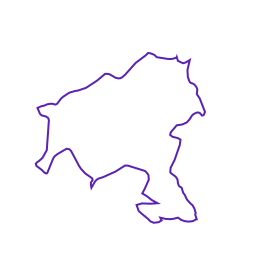 Akershus, Robinson projection, rotated 287°
{"feature_id": "NOR-917", "entity_name": "Akershus", "entity_type": "County", "adm_level": 1, "iso_a3": "NOR", "parent_name": "Norway", "parent_adm1": "", "projection": "robinson", "projection_center": [11.148, 60.053], "detail": "fine", "context": "isolated", "style": "outline", "palette": "violet", "viewbox_px": 256, "rotation_deg": 287, "n_neighbors": 0, "source": "natural_earth", "source_scale": "10m", "svg_char_len": 2177}
<svg xmlns="http://www.w3.org/2000/svg" viewBox="0 0 256 256"><g transform="rotate(287 128 128)"><path d="M209.9,154.0L206.8,156.1L206.0,161.7L207.5,164.0L211.1,167.2L200.8,167.9L194.4,170.3L191.4,172.4L190.0,173.7L189.4,175.0L189.5,176.2L189.3,177.7L188.7,179.2L187.5,181.0L186.1,182.4L184.8,183.1L180.5,183.9L177.3,187.9L165.9,196.9L163.0,196.7L162.2,196.3L161.5,195.2L163.3,192.3L163.4,191.2L163.1,189.7L162.3,188.6L160.6,186.8L159.1,185.8L157.6,185.2L155.6,184.8L153.2,183.9L150.4,182.5L147.2,178.8L144.8,173.8L136.5,170.2L133.7,170.3L132.6,173.2L132.9,178.5L132.2,181.6L127.0,182.5L111.0,181.9L102.4,180.4L97.9,181.4L97.2,182.7L95.4,187.8L94.1,189.4L93.2,190.4L90.0,191.8L87.6,193.5L87.3,194.0L86.5,196.8L82.2,199.7L80.5,202.0L77.5,204.6L76.2,206.2L74.0,210.0L73.1,212.1L70.7,214.8L66.5,217.6L66.1,217.6L65.0,217.5L60.8,220.4L60.2,219.4L59.0,218.4L57.7,216.9L56.2,213.3L55.5,209.5L55.7,205.7L56.9,202.0L54.7,198.5L53.1,195.0L52.1,190.7L51.7,185.1L49.5,187.2L46.8,184.7L44.9,180.3L45.3,176.6L47.0,173.6L50.2,165.8L51.8,162.5L56.9,158.7L60.0,163.5L62.2,171.8L64.7,178.3L66.0,172.0L68.4,165.7L69.6,160.8L74.9,161.8L84.6,163.0L88.8,161.4L89.8,160.4L91.7,157.4L91.9,156.0L92.0,138.8L91.2,136.1L82.6,128.7L73.6,118.4L71.0,114.6L69.3,113.1L66.8,112.0L60.2,110.5L63.7,108.7L65.4,108.6L68.0,109.4L68.9,108.7L69.5,108.2L72.1,100.3L75.2,95.0L77.4,92.3L89.3,80.4L90.2,78.9L90.5,78.0L90.2,75.3L82.5,68.2L79.1,65.9L76.5,65.3L61.8,64.0L60.8,63.6L60.6,62.8L61.0,60.9L62.7,57.8L64.6,52.6L64.9,51.5L67.1,50.3L69.0,51.3L70.4,52.5L73.8,54.6L74.9,55.1L83.1,56.8L112.2,50.1L113.8,49.1L114.5,48.2L115.0,46.1L115.0,44.6L114.8,41.8L115.4,40.4L116.0,39.5L120.5,35.8L120.7,35.6L123.6,38.9L124.8,41.2L127.1,43.9L128.2,46.1L129.1,48.6L129.1,51.5L129.9,52.6L130.6,53.2L136.4,55.3L138.6,56.6L144.5,61.4L147.7,66.2L149.3,69.4L154.2,76.2L164.2,84.5L173.1,90.3L173.7,92.2L174.0,94.8L172.4,101.4L172.7,104.7L173.5,106.3L174.8,107.6L178.2,109.7L192.5,116.3L202.8,123.8L205.4,125.1L205.7,125.7L206.0,127.6L205.7,131.6L205.3,132.6L204.5,134.0L204.2,134.6L204.2,135.4L205.7,145.9L206.5,148.9L207.5,150.9L208.5,152.4L209.8,153.9L209.8,154.0L209.9,154.0Z" fill="none" stroke="#5b21b6" stroke-width="2"/></g></svg>